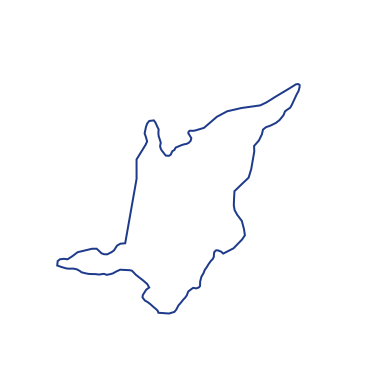 the district of Nana-Bakassa, Ouham, Central African Republic, rotated 231°
{"feature_id": "33826404B64832249251388", "entity_name": "Nana-Bakassa", "entity_type": "district", "adm_level": 2, "iso_a3": "CAF", "parent_name": "Central African Republic", "parent_adm1": "Ouham", "projection": "robinson", "projection_center": [17.392, 6.939], "detail": "fine", "context": "isolated", "style": "outline", "palette": "blue", "viewbox_px": 384, "rotation_deg": 231, "n_neighbors": 0, "source": "geoboundaries", "source_scale": "gbopen_adm2", "svg_char_len": 2200}
<svg xmlns="http://www.w3.org/2000/svg" viewBox="0 0 384 384"><g transform="rotate(231 192 192)"><path d="M119.3,89.9L112.0,97.7L109.9,102.9L110.6,106.1L112.4,110.1L112.8,112.7L113.9,117.7L114.1,119.8L114.9,122.8L117.0,126.4L117.0,128.5L116.8,132.5L114.3,134.8L113.5,137.4L113.9,139.1L117.2,141.9L118.4,143.5L120.3,146.1L121.7,149.9L123.4,152.9L124.4,156.5L125.3,158.8L126.5,163.0L126.9,166.1L127.8,168.0L130.0,170.1L131.3,171.5L131.5,174.1L130.2,175.5L127.3,177.1L124.5,177.5L122.1,188.8L123.6,201.2L125.1,205.9L130.2,208.9L138.1,212.5L145.9,212.8L151.0,213.7L155.2,216.0L159.7,219.9L165.9,225.5L166.9,236.9L167.5,245.0L172.5,252.4L184.3,265.9L188.7,269.2L189.9,276.3L192.8,282.6L195.8,286.4L195.8,290.3L194.3,294.5L192.9,300.5L192.8,305.2L194.1,311.4L196.1,315.0L196.1,317.1L195.7,321.3L197.0,324.6L202.1,335.0L203.4,338.3L205.8,341.6L207.5,343.0L208.7,342.7L209.5,341.9L210.4,340.1L210.4,339.4L211.2,333.0L213.5,316.8L214.8,306.1L216.4,299.5L226.2,283.2L232.6,270.1L234.8,258.6L234.3,241.7L237.7,233.4L238.9,231.3L239.7,230.4L241.0,228.8L241.0,227.3L240.0,226.1L238.4,225.9L235.2,225.5L234.2,225.3L232.6,223.1L232.3,220.4L232.8,218.1L233.8,216.3L234.8,214.0L236.0,210.0L236.8,207.3L235.7,204.7L236.1,202.6L235.5,201.1L234.4,199.0L234.6,196.9L236.7,194.6L238.9,194.5L240.9,194.6L243.4,194.6L245.7,195.1L247.8,196.1L249.9,198.7L253.8,200.3L256.3,201.2L258.9,202.9L261.7,205.5L264.5,206.1L269.0,207.3L271.7,207.4L274.1,203.5L273.4,200.2L271.4,197.0L267.3,192.0L266.3,191.7L263.0,190.5L259.5,188.9L257.8,185.4L252.2,169.4L237.1,157.2L194.2,107.8L196.9,103.8L197.5,100.0L195.7,94.6L195.9,91.6L196.9,86.9L199.0,84.5L201.3,83.1L205.2,82.6L207.9,82.2L210.8,78.6L217.2,65.2L217.4,58.7L218.0,53.0L220.7,50.4L222.8,47.1L222.8,44.1L219.7,41.0L215.8,43.4L212.0,46.0L210.0,47.9L207.3,51.4L204.6,53.7L201.3,55.1L199.2,55.6L196.3,57.7L193.4,60.1L191.1,62.7L188.6,65.7L187.0,67.1L185.7,68.8L184.5,71.1L183.5,72.3L181.4,73.5L179.7,76.5L178.5,79.4L177.9,83.1L176.8,87.3L170.2,94.6L168.6,95.8L162.8,96.3L153.8,98.4L148.5,99.3L144.7,98.6L144.9,94.9L142.9,89.0L141.4,87.3L139.4,87.1L137.3,87.1L134.2,88.3L131.3,89.0L126.9,89.7L123.4,90.4L121.3,90.6L119.3,89.9Z" fill="none" stroke="#1e3a8a" stroke-width="2"/></g></svg>